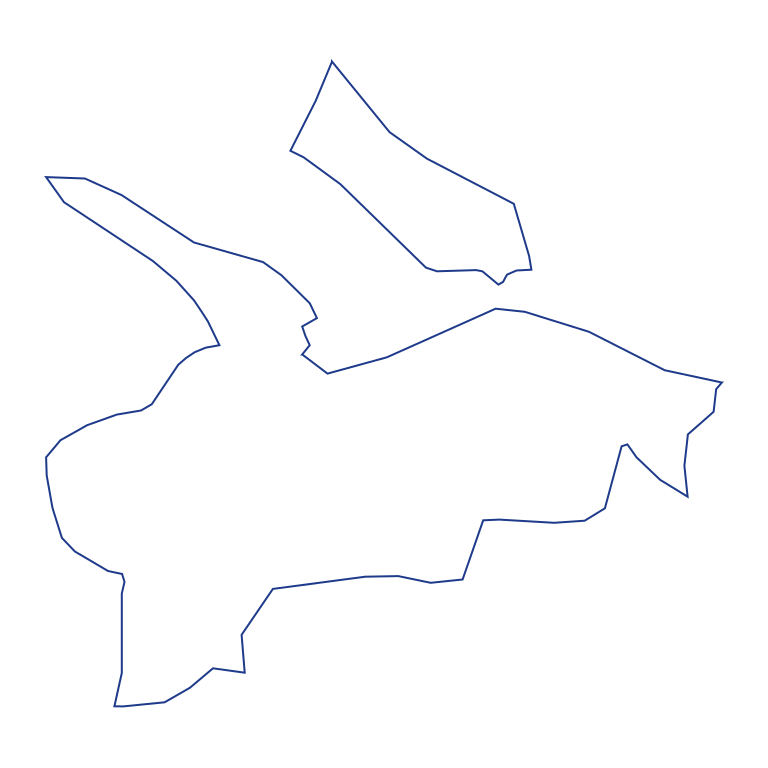 map outline of Kilinŏchchi (Robinson projection)
{"feature_id": "LKA-2460", "entity_name": "Kilinŏchchi", "entity_type": "District", "adm_level": 1, "iso_a3": "LKA", "parent_name": "Sri Lanka", "parent_adm1": "", "projection": "robinson", "projection_center": [80.291, 9.445], "detail": "fine", "context": "isolated", "style": "outline", "palette": "blue", "viewbox_px": 768, "rotation_deg": 0, "n_neighbors": 0, "source": "natural_earth", "source_scale": "10m", "svg_char_len": 1278}
<svg xmlns="http://www.w3.org/2000/svg" viewBox="0 0 768 768"><path d="M114.4,706.3L121.8,673.0L121.8,593.5L124.5,581.9L122.1,574.0L108.0,571.0L74.9,551.5L61.9,537.9L53.8,512.2L52.4,507.5L46.7,475.5L46.1,457.3L60.5,440.2L87.1,425.2L116.7,414.6L141.0,410.5L151.8,404.2L178.3,364.7L181.3,362.1L185.9,358.1L194.7,352.2L205.6,347.7L219.4,345.2L207.9,321.4L201.1,310.9L194.1,300.5L176.4,280.8L153.0,261.1L64.0,202.2L46.1,177.1L84.9,178.5L121.6,195.1L194.0,242.5L263.1,262.1L281.4,275.2L309.8,303.3L316.9,318.1L302.2,326.5L305.4,335.9L309.7,345.2L302.2,354.5L302.3,354.5L327.5,373.6L386.9,357.3L495.6,308.7L524.8,311.8L589.0,331.8L664.6,370.2L721.7,382.5L721.9,382.5L716.2,389.1L713.6,411.8L687.9,434.4L684.4,465.7L687.6,496.7L660.1,479.8L636.5,457.3L627.4,444.4L621.6,446.3L604.9,508.3L584.7,520.7L554.2,522.8L499.4,519.6L483.2,520.3L462.6,579.5L430.7,582.8L398.3,576.1L365.3,576.7L272.9,588.9L241.6,634.8L244.7,672.7L213.0,668.3L190.0,687.7L164.6,702.3L123.2,706.4L114.4,706.3ZM332.0,61.6L389.6,132.2L427.0,158.7L513.8,203.8L529.1,256.0L531.4,269.7L516.5,270.5L507.1,274.6L505.7,276.9L503.1,281.9L498.4,284.6L482.4,271.3L476.1,270.1L437.0,271.3L425.9,267.6L340.3,184.1L303.6,157.3L290.4,150.8L315.7,100.8L332.0,61.7L332.0,61.6Z" fill="none" stroke="#1e3a8a" stroke-width="2"/></svg>